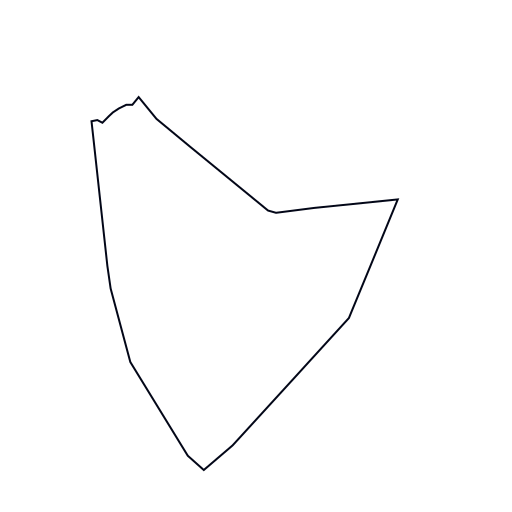 São Pedro, Rio Grande do Norte, Brazil (orthographic projection), rotated 342°
{"feature_id": "56859067B47368884593899", "entity_name": "São Pedro", "entity_type": "district", "adm_level": 2, "iso_a3": "BRA", "parent_name": "Brazil", "parent_adm1": "Rio Grande do Norte", "projection": "orthographic", "projection_center": [-35.632, -5.887], "detail": "fine", "context": "isolated", "style": "outline", "palette": "ink", "viewbox_px": 512, "rotation_deg": 342, "n_neighbors": 0, "source": "geoboundaries", "source_scale": "gbopen_adm2", "svg_char_len": 503}
<svg xmlns="http://www.w3.org/2000/svg" viewBox="0 0 512 512"><g transform="rotate(342 256 256)"><path d="M325.2,343.7L329.6,338.5L362.1,300.4L408.3,246.0L326.4,228.3L288.4,221.1L281.5,216.5L226.7,131.1L203.7,94.8L193.5,68.6L185.1,74.0L179.4,72.1L171.2,73.3L164.3,75.2L159.2,77.6L151.1,81.8L147.1,77.7L141.2,77.0L137.5,94.9L111.6,219.4L107.7,242.0L105.8,278.0L103.7,318.0L129.4,424.9L140.2,443.4L175.2,428.9L260.0,380.8L269.1,375.6L325.2,343.7Z" fill="none" stroke="#020617" stroke-width="2"/></g></svg>